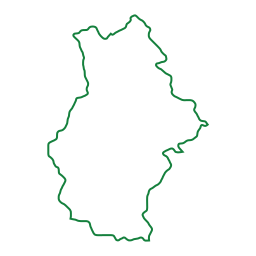 Bonao, Monseñor Nouel, Dominican Republic (orthographic projection)
{"feature_id": "3306468B55753848240652", "entity_name": "Bonao", "entity_type": "district", "adm_level": 2, "iso_a3": "DOM", "parent_name": "Dominican Republic", "parent_adm1": "Monseñor Nouel", "projection": "orthographic", "projection_center": [-70.443, 18.942], "detail": "fine", "context": "isolated", "style": "outline", "palette": "green", "viewbox_px": 256, "rotation_deg": 0, "n_neighbors": 0, "source": "geoboundaries", "source_scale": "gbopen_adm2", "svg_char_len": 5736}
<svg xmlns="http://www.w3.org/2000/svg" viewBox="0 0 256 256"><path d="M83.9,69.1L84.4,70.2L84.6,71.0L84.7,72.4L84.8,75.1L85.0,76.4L85.3,77.2L87.7,82.0L88.1,83.1L88.1,84.3L88.0,85.2L87.7,85.9L86.9,87.6L86.7,88.8L86.7,89.6L86.8,90.3L87.8,92.6L87.8,93.3L87.6,93.9L87.1,94.4L85.0,95.7L83.2,96.4L81.5,97.2L80.3,97.5L77.6,97.9L77.0,98.1L76.4,98.6L76.2,99.3L75.7,101.0L74.7,103.1L73.9,104.9L73.0,106.5L72.1,108.3L70.2,110.7L69.6,111.8L69.3,113.0L68.9,116.2L68.6,117.0L67.9,118.7L67.7,119.5L67.2,123.2L66.9,124.0L65.2,127.5L64.1,128.8L62.8,129.9L61.7,130.4L59.4,130.9L58.7,131.2L58.1,131.7L57.4,132.6L57.2,133.4L57.1,134.3L57.0,137.3L56.8,138.1L56.5,138.8L56.0,139.3L54.1,140.4L51.6,141.5L49.7,142.5L48.9,143.2L48.5,143.9L48.3,145.1L48.3,146.4L48.3,153.4L48.4,154.7L48.7,155.8L49.2,156.4L50.4,157.2L51.3,158.0L52.2,158.9L52.7,159.6L53.3,160.7L53.8,163.1L54.1,163.8L55.6,166.3L56.1,166.7L57.9,167.5L58.3,168.0L58.7,169.1L58.9,172.5L59.1,173.2L59.3,173.6L59.8,174.0L61.8,175.5L63.4,177.0L64.6,178.3L65.3,179.4L65.4,180.2L65.4,180.6L65.2,181.4L63.7,184.4L62.5,186.4L61.9,187.9L61.0,189.5L60.7,190.3L60.0,193.0L59.0,195.1L58.8,195.9L58.7,196.7L58.7,197.9L58.7,198.8L58.9,199.6L59.2,200.4L59.7,201.1L60.3,201.8L61.2,202.6L61.9,203.1L64.1,204.2L65.5,205.3L69.0,208.7L69.9,209.7L70.3,210.4L70.8,211.6L70.9,213.3L70.9,216.3L70.7,217.6L70.5,218.7L72.2,219.1L75.5,219.7L77.9,220.7L78.8,220.9L80.6,221.1L86.2,221.1L87.6,221.4L88.3,221.7L89.2,222.5L89.6,223.1L89.9,223.9L90.3,225.8L90.5,226.6L91.3,228.3L91.9,229.8L93.6,233.2L94.1,233.8L94.6,234.4L95.3,234.8L96.6,235.1L98.0,235.2L110.4,235.1L111.7,235.2L112.6,235.3L113.4,235.6L114.0,236.1L116.1,239.7L116.7,240.1L117.3,240.3L118.0,240.4L118.7,240.2L119.3,239.9L120.2,239.1L122.0,238.4L123.0,237.8L123.5,237.5L124.2,237.5L124.9,237.7L125.5,238.2L127.1,239.5L127.8,239.9L128.6,240.3L129.8,240.4L131.0,240.3L131.8,240.1L133.9,239.2L137.4,238.6L138.3,238.4L139.9,237.7L141.0,237.5L141.8,237.7L142.4,238.0L143.2,238.7L143.9,239.8L144.2,240.0L144.8,240.4L145.5,240.6L146.7,240.6L149.1,240.5L148.9,238.1L149.0,236.8L149.1,236.0L149.4,235.3L150.3,233.6L151.0,232.2L151.8,230.6L152.0,229.8L152.0,229.4L151.9,228.6L151.3,227.5L149.5,225.2L148.5,223.5L148.1,222.7L147.2,221.7L145.0,219.4L144.1,218.3L143.7,217.6L142.8,215.6L142.6,215.0L142.6,214.6L142.9,213.9L143.3,213.2L144.5,212.1L146.3,210.9L146.8,210.3L147.0,209.6L147.1,208.8L147.2,207.5L147.1,199.6L147.2,196.9L147.5,195.6L148.4,193.6L148.9,191.3L149.4,190.2L149.9,189.6L150.4,189.1L152.5,188.0L155.6,185.7L157.8,184.6L158.8,183.8L159.7,182.9L160.7,181.6L161.3,180.1L162.4,178.1L163.0,176.6L163.9,174.9L165.0,172.8L165.8,171.8L166.7,170.9L167.7,170.1L169.2,169.1L169.6,168.6L170.6,167.0L171.0,166.0L171.1,165.3L171.1,164.9L170.9,164.1L170.0,162.5L169.4,161.0L168.4,159.3L167.6,157.6L167.1,157.0L166.2,156.2L164.6,155.4L163.7,154.8L163.3,154.2L163.0,153.5L163.1,152.8L163.3,152.5L163.8,152.0L166.2,150.6L167.7,150.0L169.7,149.0L170.8,148.6L171.8,148.5L172.5,148.6L173.4,149.2L174.1,150.0L174.9,151.1L175.3,151.7L175.6,151.9L176.3,152.1L177.5,152.3L179.1,152.3L180.9,152.1L182.6,151.8L179.2,148.0L178.6,147.0L178.3,146.2L178.3,145.4L178.4,144.7L178.8,144.0L179.1,143.8L179.8,143.6L182.1,143.4L183.3,143.1L184.4,142.5L186.4,141.0L187.5,140.5L188.3,140.3L190.8,140.1L191.6,139.9L192.4,139.6L193.1,139.2L196.6,136.5L197.0,135.9L197.2,135.2L197.5,132.9L197.8,131.7L198.4,130.6L200.1,128.2L200.4,127.5L200.9,125.8L201.3,125.3L201.9,125.0L202.6,125.1L204.3,125.8L205.5,125.9L206.5,125.5L207.7,124.6L206.8,123.4L206.0,122.2L205.5,121.7L205.2,121.5L204.5,121.3L202.2,121.0L201.0,120.7L200.1,120.1L199.3,119.2L198.5,117.4L197.6,115.8L196.9,114.3L196.5,113.6L194.9,111.6L194.3,110.5L194.2,110.2L194.2,109.4L194.4,108.7L195.1,107.4L195.3,106.7L195.5,105.5L195.5,104.6L195.3,103.8L194.9,103.1L194.4,102.4L193.5,101.4L192.8,100.9L192.0,100.5L190.7,100.2L189.4,100.1L184.0,100.2L182.7,100.0L181.9,99.8L179.8,98.8L178.4,98.1L176.7,97.2L174.5,96.2L173.2,95.1L172.1,93.8L171.8,93.0L171.6,92.2L171.7,91.5L172.2,90.0L172.2,89.4L170.5,85.1L170.4,84.5L170.5,83.8L171.1,82.2L171.4,80.5L171.4,78.0L171.3,77.3L171.0,76.5L170.8,76.2L170.3,75.7L168.1,74.5L166.3,73.6L165.6,73.2L161.5,69.6L160.8,69.1L159.3,68.5L158.2,67.8L157.2,66.9L156.7,66.3L156.2,65.7L156.0,65.0L156.2,64.2L156.4,63.9L156.9,63.5L159.0,63.1L161.5,62.1L163.9,61.7L164.6,61.4L165.5,60.7L166.2,59.8L166.4,59.2L166.4,58.8L166.1,57.0L165.7,55.7L163.8,54.2L162.4,52.8L161.4,51.6L160.4,49.4L159.4,48.2L157.4,46.1L150.8,39.5L150.0,38.6L149.3,37.6L148.9,36.5L148.8,35.8L148.8,34.6L148.9,33.4L149.1,32.7L149.4,32.0L150.1,30.7L150.3,30.1L150.2,29.2L150.0,28.5L149.8,28.2L149.0,27.4L147.3,26.6L146.4,25.9L145.7,25.1L145.0,23.6L144.6,23.0L143.9,22.1L143.0,21.2L142.1,20.5L140.3,19.6L139.7,19.2L138.7,18.4L136.5,16.2L135.5,15.5L134.9,15.4L134.1,15.5L131.7,16.6L130.9,17.4L130.6,17.9L130.5,18.2L130.8,19.9L130.4,20.8L130.0,21.4L129.2,22.2L126.9,23.9L126.5,24.7L126.0,26.6L125.6,27.3L124.8,28.1L121.0,30.0L119.5,30.6L117.5,31.7L116.1,32.4L115.4,32.8L113.7,34.2L113.1,34.5L112.5,34.7L112.1,34.6L111.5,34.3L110.8,33.7L108.7,36.0L107.9,36.9L107.1,38.1L106.9,38.4L106.2,38.7L105.5,38.8L104.7,38.8L103.9,38.6L103.2,38.2L102.2,37.4L100.7,35.9L99.6,34.5L98.9,33.5L98.3,32.0L97.4,30.3L96.5,28.2L96.0,27.6L95.4,27.1L94.6,26.8L93.8,26.6L92.6,26.5L91.7,26.6L90.9,26.7L90.2,27.0L89.8,27.2L89.0,27.9L88.0,29.2L87.4,29.7L86.4,30.0L83.1,30.1L81.9,30.3L81.2,30.6L80.6,31.1L80.1,31.6L79.3,32.6L78.8,33.0L77.7,33.3L75.0,33.6L74.3,33.8L73.8,34.3L73.4,34.9L73.4,35.2L73.4,35.6L73.7,36.3L74.5,37.2L77.7,40.2L78.6,41.2L79.2,42.3L79.4,43.1L79.7,46.0L80.0,47.2L81.0,49.3L81.6,50.8L82.6,52.4L82.8,53.2L83.3,55.5L83.9,57.2L84.0,57.8L83.9,58.5L83.3,60.1L83.2,60.9L83.1,62.2L83.1,64.8L83.5,66.5L83.9,69.1Z" fill="none" stroke="#15803d" stroke-width="2"/></svg>